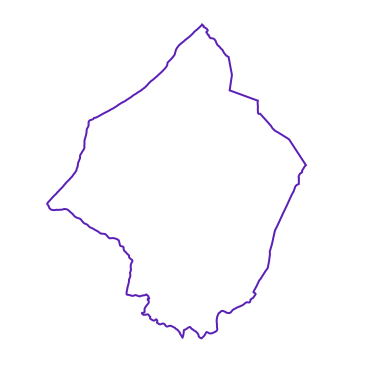 La Ceiba, Atlántida, Honduras, rotated 319°
{"feature_id": "27666195B56820248384798", "entity_name": "La Ceiba", "entity_type": "district", "adm_level": 2, "iso_a3": "HND", "parent_name": "Honduras", "parent_adm1": "Atlántida", "projection": "robinson", "projection_center": [-86.825, 15.67], "detail": "fine", "context": "isolated", "style": "outline", "palette": "violet", "viewbox_px": 384, "rotation_deg": 319, "n_neighbors": 0, "source": "geoboundaries", "source_scale": "gbopen_adm2", "svg_char_len": 5819}
<svg xmlns="http://www.w3.org/2000/svg" viewBox="0 0 384 384"><g transform="rotate(319 192 192)"><path d="M309.4,72.2L308.8,72.4L307.7,72.5L303.3,72.7L299.4,72.6L298.2,72.7L296.1,73.0L292.1,73.1L290.9,73.1L286.4,72.8L284.5,72.9L280.1,72.7L278.1,72.8L275.3,73.4L273.3,74.1L268.9,77.0L266.8,77.5L263.2,78.0L258.9,78.3L258.2,78.5L257.1,79.5L256.2,80.1L254.7,80.7L253.5,80.9L249.4,81.4L240.2,81.7L235.5,81.6L233.7,81.4L231.9,81.6L230.5,81.6L228.2,82.0L225.3,82.2L219.3,81.8L216.9,81.3L214.1,81.1L211.3,80.5L208.1,80.4L207.2,80.2L205.6,80.0L203.0,79.6L201.3,79.5L197.2,78.5L194.6,78.1L191.5,77.8L186.5,77.0L184.6,76.4L184.2,76.5L183.4,76.3L181.3,75.8L179.1,75.3L177.9,74.9L176.7,74.7L169.2,73.1L167.6,72.5L166.8,71.9L166.3,71.9L165.7,72.1L165.3,72.1L164.4,71.9L162.2,71.0L161.5,70.9L160.9,70.9L160.2,71.1L159.7,71.7L158.9,72.3L157.7,73.9L156.5,74.6L154.1,75.4L153.7,75.7L152.8,76.4L152.1,77.3L151.6,77.7L149.8,79.2L147.4,80.8L145.9,81.7L144.1,83.1L143.4,84.1L141.7,85.8L140.1,87.7L139.5,88.2L138.2,88.9L135.5,89.6L134.6,90.0L132.6,90.5L131.8,90.9L131.1,91.4L130.7,91.8L130.3,92.4L129.3,93.3L127.9,93.8L127.1,94.4L125.5,95.1L124.1,96.1L123.6,96.8L122.1,97.9L120.3,98.8L118.7,100.0L116.6,100.6L114.3,101.0L111.6,101.7L109.6,101.8L108.0,102.1L105.5,102.2L102.4,102.5L97.1,103.4L94.5,103.5L91.4,103.9L89.8,103.9L89.0,104.2L86.2,104.3L83.0,104.6L82.2,104.7L79.1,105.1L76.2,105.4L75.7,105.5L74.9,106.0L74.7,108.0L73.8,110.8L74.0,112.4L74.2,113.1L75.7,114.9L76.5,115.6L78.2,116.6L78.8,117.3L81.1,119.1L82.7,120.3L83.9,120.7L84.7,121.2L85.8,122.5L86.4,123.4L86.8,125.1L87.0,126.7L87.1,127.9L87.5,130.2L87.4,132.2L87.6,134.2L88.3,136.0L89.5,137.9L90.1,139.3L90.1,140.1L90.0,141.4L90.0,144.4L90.2,145.2L91.1,146.9L91.6,148.1L91.6,150.0L91.9,151.8L93.4,154.9L93.5,155.6L94.2,157.6L94.6,158.6L95.2,160.3L95.6,162.4L95.8,163.3L96.3,163.9L98.7,166.5L98.9,166.9L99.2,169.1L99.1,171.6L99.3,172.7L99.5,172.9L101.3,174.3L102.1,174.9L102.5,175.3L103.7,177.0L104.1,177.7L104.7,179.1L104.9,180.1L104.9,180.6L104.8,181.1L104.2,182.0L104.0,182.6L102.9,184.5L102.6,185.4L102.7,185.8L104.0,187.9L104.1,188.5L103.9,189.1L102.7,190.6L102.4,191.6L102.4,193.2L102.6,194.6L102.5,195.3L102.7,197.7L102.8,198.5L102.7,198.7L101.9,199.8L101.6,200.4L101.7,201.8L102.1,203.6L102.1,204.3L102.0,204.7L101.4,205.2L98.6,206.4L97.7,207.1L95.9,209.1L95.6,209.7L94.7,210.9L93.5,211.6L92.2,212.3L91.1,214.0L90.3,215.0L89.3,215.6L86.9,216.9L85.7,218.2L84.6,219.1L80.6,221.8L79.2,223.0L77.1,224.5L75.9,225.8L75.6,226.4L75.6,226.8L75.8,227.1L77.4,228.9L77.7,229.6L78.7,231.1L79.6,231.8L81.4,232.5L81.9,232.9L83.5,235.7L83.9,236.4L86.1,237.3L89.0,239.1L89.4,239.3L89.9,239.2L90.2,239.3L90.4,239.7L90.4,240.5L90.7,241.5L90.7,241.8L90.3,242.8L90.1,243.8L90.0,244.1L89.7,244.3L89.4,244.3L89.0,243.8L88.7,243.6L88.2,243.8L87.8,244.4L87.9,245.5L87.7,246.1L87.2,246.7L86.5,247.2L86.0,247.4L82.8,247.9L79.9,248.8L79.0,249.6L78.0,251.0L77.3,251.5L77.0,251.5L76.3,251.2L75.0,250.5L74.7,250.6L74.6,250.9L74.6,252.2L74.8,252.8L75.0,253.1L76.3,254.0L77.3,254.6L78.3,255.3L78.5,255.7L78.6,256.3L78.4,257.9L78.6,258.8L78.4,259.0L77.7,259.6L77.5,259.9L77.4,260.3L77.6,261.1L78.3,263.3L78.8,264.0L79.2,264.3L79.6,264.4L81.2,264.5L81.4,264.6L81.5,264.8L81.5,265.5L81.4,266.2L81.0,266.7L80.0,267.5L79.9,267.8L79.9,268.3L80.3,269.0L80.4,269.8L80.5,270.2L80.9,270.7L81.4,271.2L81.9,271.4L83.4,271.9L84.0,272.5L84.4,273.2L84.6,274.0L84.6,274.5L84.3,275.8L84.4,276.3L84.5,276.6L84.9,277.1L85.3,277.5L87.3,278.2L88.1,279.0L88.7,280.1L89.9,283.0L90.0,283.4L90.0,284.5L90.6,286.3L90.6,289.4L90.5,290.0L89.9,291.6L89.8,292.9L89.3,295.2L89.4,295.6L91.0,294.7L91.9,294.0L93.9,292.3L95.2,291.0L95.7,291.0L97.1,291.6L99.8,291.8L101.0,292.1L101.6,292.3L101.9,292.6L102.1,293.2L101.9,294.6L102.4,296.2L102.6,297.5L103.2,299.2L103.5,300.7L103.4,303.2L103.2,303.9L102.4,305.3L102.3,305.9L102.4,306.6L102.5,307.3L102.8,308.0L103.1,308.6L103.3,308.7L103.9,308.7L107.0,308.5L108.0,308.2L110.5,307.3L111.1,307.3L111.3,307.5L111.6,307.9L112.4,310.1L113.2,311.0L114.6,311.8L117.9,312.8L118.8,312.9L119.7,312.9L120.3,312.6L120.9,312.3L121.3,311.9L122.8,309.5L123.8,308.6L125.2,306.5L126.2,305.3L127.3,304.2L128.7,303.0L131.4,301.5L132.3,301.1L134.2,301.2L135.9,301.1L136.3,301.2L136.7,301.4L137.4,302.2L138.5,304.3L138.7,304.7L138.7,305.5L138.9,305.8L140.4,307.6L141.6,308.2L142.8,308.2L145.3,307.7L150.1,308.7L154.4,310.2L156.6,310.7L157.3,310.8L158.9,310.7L160.4,310.9L160.8,311.1L161.5,311.6L162.4,312.7L163.5,313.1L164.3,312.7L165.6,311.6L167.3,311.7L168.5,312.0L168.9,312.0L170.2,311.6L172.1,311.2L173.1,310.7L173.2,309.9L172.7,308.3L172.7,307.9L173.0,307.6L179.2,305.3L184.8,302.8L186.2,302.7L195.3,300.0L199.4,299.0L204.7,294.8L210.1,290.0L211.6,288.0L218.0,283.9L229.3,275.5L235.1,273.1L247.7,267.4L254.5,264.5L262.6,260.8L265.5,259.5L269.3,258.1L273.1,255.9L273.9,255.5L275.4,255.4L278.0,256.0L278.7,255.0L280.1,253.7L280.7,252.6L281.8,251.9L282.0,251.5L282.0,251.1L282.2,250.7L282.9,250.1L283.9,249.6L285.7,249.0L287.2,249.3L288.0,249.3L288.3,249.1L288.9,248.3L289.5,248.0L293.9,246.6L295.1,246.4L295.6,246.5L299.8,215.8L295.8,202.8L294.9,200.6L294.6,197.6L294.6,196.3L295.0,193.7L294.8,177.7L293.7,176.9L293.6,176.6L293.5,176.3L293.8,175.4L295.4,173.5L296.3,172.3L297.9,170.7L298.8,169.3L300.6,167.1L301.6,166.3L287.1,140.0L298.9,129.9L308.2,114.1L308.0,113.7L307.6,112.3L307.3,111.2L307.3,110.4L307.4,108.4L307.6,107.4L308.1,105.2L308.2,104.6L307.9,102.4L308.1,101.6L308.0,100.0L307.7,98.1L307.7,97.4L308.2,95.5L309.0,93.3L309.1,91.4L308.9,90.5L308.4,89.7L307.0,88.1L306.9,87.7L306.9,86.3L307.1,85.7L307.5,84.8L307.4,84.5L307.1,83.5L307.2,83.1L307.6,82.6L307.6,80.9L307.8,80.7L308.2,80.6L309.5,80.6L309.9,80.4L310.1,79.8L310.2,78.5L310.1,78.2L309.6,76.2L309.4,75.7L309.2,75.6L309.1,75.2L309.1,74.7L309.7,74.2L309.8,74.0L309.5,73.1L309.4,72.2Z" fill="none" stroke="#5b21b6" stroke-width="2"/></g></svg>